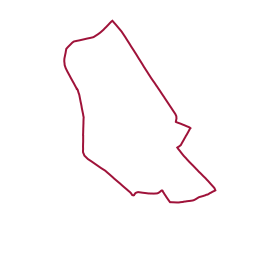 outline of Ath Thawrah, Amanat Al Asimah, Yemen, rotated 324°
{"feature_id": "15242507B17333153268862", "entity_name": "Ath Thawrah", "entity_type": "district", "adm_level": 2, "iso_a3": "YEM", "parent_name": "Yemen", "parent_adm1": "Amanat Al Asimah", "projection": "equal_earth", "projection_center": [44.198, 15.391], "detail": "fine", "context": "isolated", "style": "outline", "palette": "rose", "viewbox_px": 256, "rotation_deg": 324, "n_neighbors": 0, "source": "geoboundaries", "source_scale": "gbopen_adm2", "svg_char_len": 4030}
<svg xmlns="http://www.w3.org/2000/svg" viewBox="0 0 256 256"><g transform="rotate(324 128 128)"><path d="M162.6,227.3L162.5,226.1L162.0,221.6L161.9,220.5L161.6,217.4L161.5,217.0L161.3,215.4L161.2,214.2L161.1,213.7L160.6,211.0L160.3,208.8L160.1,207.5L159.9,206.3L159.8,206.1L159.6,204.9L159.3,202.2L159.1,201.3L159.0,200.2L158.8,198.8L158.4,195.9L158.3,195.5L157.8,192.2L157.7,191.7L157.2,187.3L157.2,186.7L156.9,184.8L156.9,184.5L156.7,183.3L156.7,182.9L156.7,182.7L156.6,181.3L156.5,178.3L156.5,177.8L156.5,177.1L156.3,173.8L156.4,173.3L156.4,172.8L157.1,172.8L158.0,172.9L158.6,173.0L159.2,172.9L160.3,172.9L160.5,172.8L160.9,172.8L162.0,172.2L164.9,170.9L166.7,170.1L167.0,169.9L168.4,169.3L169.7,168.7L170.0,168.5L171.6,167.9L174.4,166.6L177.9,164.9L178.4,164.8L178.2,164.0L177.8,163.1L177.3,162.3L176.9,161.7L175.7,159.7L175.4,159.1L174.4,157.6L174.1,157.1L173.2,155.6L171.2,152.7L170.3,151.2L170.5,150.9L171.5,150.0L172.8,148.8L173.3,148.0L174.0,146.9L174.3,145.6L174.4,144.9L174.5,144.6L174.6,142.3L174.7,139.5L174.8,137.9L174.9,134.7L175.0,132.8L175.2,127.9L175.3,125.1L175.4,124.5L175.4,123.1L175.5,120.3L175.7,116.0L175.8,112.6L175.9,111.1L175.8,110.7L175.9,109.4L176.0,107.0L176.0,106.5L176.0,105.6L176.0,104.4L176.1,100.6L176.2,99.3L176.3,97.3L176.3,97.1L176.5,94.2L176.7,90.3L176.8,89.3L176.8,89.1L176.8,88.3L177.1,85.1L177.2,83.7L177.5,79.2L177.5,78.7L177.8,75.1L177.9,73.9L178.0,72.5L178.1,70.5L178.2,69.3L178.4,65.1L178.5,63.3L178.7,61.2L178.7,60.9L178.8,59.6L178.9,57.6L179.0,56.2L179.0,55.9L179.2,53.3L179.5,46.1L178.9,37.5L178.8,36.4L178.6,34.4L178.4,32.1L178.1,32.1L177.2,32.1L174.8,32.5L172.8,32.9L169.5,33.5L167.9,33.7L166.4,34.0L165.9,34.1L161.5,34.5L161.3,34.5L158.5,34.5L155.3,34.3L154.9,34.3L154.4,34.3L153.9,34.2L153.2,34.1L152.7,33.9L150.1,32.8L147.5,31.6L145.3,30.7L139.9,28.4L138.4,27.7L137.6,27.3L137.2,27.2L136.9,27.0L136.2,26.7L135.3,26.3L134.8,26.2L134.3,26.2L133.0,26.2L130.1,26.7L127.4,27.1L124.6,27.7L124.1,28.2L123.1,29.1L122.3,29.9L121.8,30.4L119.7,32.3L117.2,34.6L115.7,36.5L114.3,39.0L114.0,39.4L113.7,40.0L112.8,42.9L112.2,46.3L111.6,50.8L111.4,52.4L111.3,52.8L110.6,58.5L110.5,59.6L110.0,63.1L109.8,64.7L109.6,65.9L109.5,66.2L109.8,66.3L109.7,67.2L109.7,67.6L108.6,70.7L108.4,71.6L108.2,72.1L108.0,72.7L105.0,79.1L104.4,80.5L103.1,83.3L102.9,83.6L102.0,85.5L99.7,90.6L99.2,91.5L98.9,92.2L98.7,92.6L98.5,93.2L97.8,94.0L95.3,97.2L94.9,97.8L94.0,98.9L92.4,101.0L91.9,101.6L91.0,102.8L90.0,104.1L88.7,105.8L87.4,107.4L87.4,107.6L83.7,112.7L83.0,113.6L82.9,113.7L81.9,115.0L80.7,116.6L79.6,118.2L79.1,118.9L78.9,119.1L78.5,119.6L77.7,120.7L77.3,121.4L77.2,121.8L77.0,122.8L76.5,124.7L77.3,129.5L78.5,132.7L78.7,133.2L82.7,144.7L84.2,148.4L84.5,149.2L85.1,151.9L85.8,154.8L86.8,159.3L87.0,160.5L88.5,166.6L88.9,168.1L89.5,171.0L89.9,172.8L91.0,177.3L91.4,179.1L91.9,181.0L92.0,181.8L92.1,182.6L92.1,183.1L92.0,183.9L92.0,184.7L92.2,185.0L92.8,185.7L93.4,185.9L93.7,185.7L94.9,185.3L95.2,185.2L95.4,185.2L95.9,185.0L97.2,185.3L98.5,185.8L100.7,187.9L100.9,188.1L101.5,188.7L104.0,191.0L106.1,193.0L110.4,196.3L113.1,198.0L114.5,198.4L114.8,198.4L115.1,198.4L117.1,198.4L117.5,198.3L118.0,198.3L118.4,198.3L118.9,198.6L119.0,198.8L119.1,199.1L118.8,200.0L118.8,201.3L118.6,203.4L118.6,205.1L118.5,205.7L118.4,209.8L118.4,212.7L121.2,214.9L121.6,215.2L122.3,215.8L123.7,216.9L123.9,217.1L124.5,217.5L125.5,218.2L126.5,218.7L127.3,219.1L129.1,220.2L129.4,220.2L130.2,220.6L131.6,221.4L131.8,221.5L132.3,221.7L134.6,223.0L135.6,223.6L136.1,223.8L136.6,224.1L137.2,224.4L137.7,224.6L138.0,224.8L138.4,224.9L139.1,225.1L139.4,225.2L141.3,225.4L141.8,225.5L142.4,225.5L142.9,225.5L143.5,225.6L144.1,225.6L144.7,225.7L145.1,225.8L145.4,225.9L146.7,226.4L147.2,226.6L147.8,226.8L148.8,227.2L149.6,227.4L149.8,227.5L150.7,227.8L151.2,227.9L151.8,228.0L152.3,228.1L152.5,228.2L152.7,228.4L153.2,228.6L153.6,228.7L153.9,228.7L154.5,228.8L155.6,228.8L155.8,228.8L157.2,229.1L157.5,229.1L159.2,229.3L160.6,229.6L162.0,229.8L162.2,229.2L162.6,227.3Z" fill="none" stroke="#9f1239" stroke-width="2"/></g></svg>